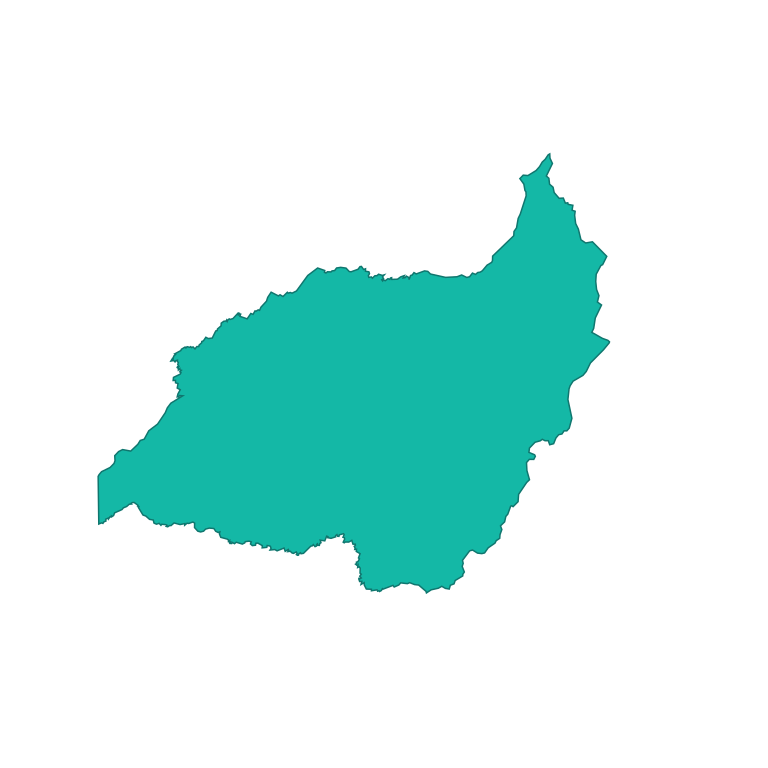 outline of Rattaphum, Songkhla, Thailand, rotated 217°
{"feature_id": "78962969B64238633533340", "entity_name": "Rattaphum", "entity_type": "district", "adm_level": 2, "iso_a3": "THA", "parent_name": "Thailand", "parent_adm1": "Songkhla", "projection": "equal_earth", "projection_center": [100.221, 7.064], "detail": "fine", "context": "isolated", "style": "filled", "palette": "teal", "viewbox_px": 768, "rotation_deg": 217, "n_neighbors": 0, "source": "geoboundaries", "source_scale": "gbopen_adm2", "svg_char_len": 6171}
<svg xmlns="http://www.w3.org/2000/svg" viewBox="0 0 768 768"><g transform="rotate(217 384 384)"><path d="M546.7,342.9L547.3,341.6L546.9,339.6L548.1,340.3L547.9,339.4L549.7,337.7L550.6,334.6L549.1,332.4L550.1,327.8L549.4,326.3L550.3,325.1L548.8,317.3L551.8,314.5L554.4,314.1L554.2,309.8L555.1,308.3L554.4,307.2L555.1,303.9L554.5,302.4L556.0,301.3L556.1,298.3L558.8,298.7L559.7,297.2L560.8,297.5L561.2,296.4L563.7,295.3L563.9,293.6L565.1,293.8L566.7,289.9L566.4,288.4L569.3,282.1L568.3,282.2L568.7,279.7L567.5,277.0L568.3,277.1L568.0,274.1L566.1,276.2L564.2,275.9L564.3,277.3L563.3,278.7L562.6,277.6L561.2,277.4L560.4,275.4L558.5,274.7L559.3,273.6L559.0,272.1L558.5,273.7L556.7,271.5L556.3,273.4L555.4,272.5L554.1,273.0L554.4,270.8L553.0,270.9L552.7,269.2L556.1,262.6L554.5,259.9L552.7,261.4L551.2,259.5L548.8,260.4L546.7,256.3L543.3,256.8L542.6,252.1L541.4,249.2L540.3,250.2L540.3,251.8L537.6,253.5L542.7,240.4L542.7,234.6L541.4,229.4L540.7,215.7L543.7,205.1L542.3,195.6L544.7,192.2L544.3,187.7L545.9,178.0L553.3,174.3L555.3,170.3L555.9,164.7L552.7,160.9L551.8,158.1L552.5,152.5L556.8,144.0L557.0,140.2L556.7,138.2L527.5,100.5L526.0,103.1L524.6,103.5L524.7,105.4L523.6,107.2L524.9,108.5L523.5,111.0L522.8,110.4L522.9,113.1L521.9,113.5L522.4,114.6L521.4,114.5L520.8,116.2L521.6,119.0L517.7,126.0L517.6,128.3L515.8,131.3L515.1,134.7L513.4,136.2L514.1,136.4L513.7,137.8L512.3,139.0L507.5,139.1L507.3,138.2L506.0,138.5L505.9,137.6L497.6,134.3L494.8,135.2L489.8,134.8L486.4,136.5L484.0,134.5L481.4,135.1L479.7,137.4L477.1,136.9L477.1,138.2L473.4,140.5L472.3,140.6L472.3,139.2L470.8,139.8L470.1,141.8L468.9,142.7L468.0,146.7L462.3,149.0L459.1,152.6L458.2,151.3L457.5,154.3L456.0,155.1L453.6,158.7L451.6,159.0L448.9,155.3L444.1,154.4L441.4,155.5L439.5,157.9L439.2,160.7L436.8,163.8L432.9,166.2L429.8,165.1L427.1,165.6L426.1,167.1L425.2,165.2L422.1,163.3L415.8,165.8L414.5,165.9L413.6,164.8L413.1,166.1L412.6,165.2L411.4,165.6L411.9,164.2L411.1,163.9L409.6,165.0L409.6,166.2L407.3,166.5L406.8,168.7L400.8,170.9L399.6,173.3L399.9,174.6L397.2,177.3L395.0,178.0L394.4,175.9L391.9,175.7L389.6,177.9L390.5,179.7L389.0,181.0L383.9,181.7L382.7,179.8L379.3,183.0L380.1,184.7L378.2,185.7L377.1,186.0L375.3,184.8L375.1,182.8L371.5,186.1L369.0,186.4L365.1,192.8L362.2,190.9L360.9,194.3L360.0,193.8L359.9,192.3L358.2,194.0L355.8,193.7L354.3,194.3L353.0,197.1L351.4,196.4L351.3,195.0L349.9,195.2L349.3,195.9L349.8,197.3L349.1,199.0L348.1,198.5L346.4,200.3L344.9,210.4L343.8,211.7L343.8,213.2L341.2,212.6L340.4,214.0L341.3,215.3L341.0,216.3L339.9,215.3L338.5,216.2L339.3,218.0L338.8,219.3L341.0,220.9L336.9,223.1L338.2,228.0L336.9,228.4L336.4,227.4L333.4,228.9L330.6,232.9L331.4,233.8L331.0,235.4L329.3,234.5L328.3,235.2L328.9,236.7L326.2,240.1L325.2,239.7L324.5,236.9L323.2,237.4L322.1,236.5L321.4,233.1L320.2,233.2L319.8,234.5L317.0,236.6L315.6,239.7L312.4,237.4L310.5,238.8L309.7,237.8L310.1,236.4L308.3,235.6L307.8,234.3L306.5,235.5L305.4,233.6L301.0,234.1L299.7,229.7L298.4,229.6L297.9,226.5L298.8,225.1L297.8,224.2L298.3,223.0L296.1,222.9L295.9,223.9L294.6,221.6L293.8,223.1L292.1,222.5L289.3,218.5L287.7,218.4L287.7,215.9L285.4,215.4L286.0,214.0L287.0,213.9L286.9,213.2L284.6,211.6L282.9,213.0L281.7,210.1L280.3,213.4L278.8,211.6L274.7,209.6L270.5,212.5L269.6,211.3L265.7,215.4L264.4,214.7L263.7,215.8L262.7,215.6L261.8,217.5L262.1,219.6L261.3,219.6L255.6,228.6L253.7,228.0L251.2,232.4L251.0,235.2L245.2,238.6L243.9,240.8L238.9,242.2L235.3,244.3L225.7,243.7L224.4,242.7L222.4,248.1L217.7,253.6L216.1,257.2L212.0,257.7L208.5,259.5L209.9,263.2L207.8,266.5L208.9,269.9L205.6,278.1L206.5,279.4L206.7,282.2L211.8,285.4L212.8,288.4L215.2,290.4L215.2,302.3L213.3,304.7L207.6,305.2L203.8,307.4L202.0,309.6L202.2,315.9L199.6,323.7L200.1,326.4L198.7,330.4L200.7,333.5L202.3,338.7L205.6,340.8L204.7,346.5L207.0,351.5L206.8,354.5L209.3,362.6L208.7,363.6L207.1,363.7L206.1,370.7L210.1,376.9L210.8,391.2L210.2,395.1L217.8,400.9L222.9,407.0L222.6,411.3L219.0,413.9L219.6,417.3L221.1,418.1L227.1,416.6L229.3,420.4L228.3,428.4L225.0,432.7L224.3,435.1L221.3,435.6L218.7,437.6L215.1,435.2L212.6,438.4L214.2,444.4L214.0,448.6L211.8,451.2L212.0,455.0L209.8,456.6L209.5,460.2L213.3,469.7L227.8,482.3L233.3,491.5L234.3,494.7L234.7,500.1L230.3,510.6L230.0,515.7L231.8,525.0L229.3,543.5L228.9,552.5L229.3,553.4L231.5,553.6L237.0,551.9L249.1,550.3L250.0,554.6L255.0,563.9L257.8,578.0L262.9,577.9L265.5,583.9L271.1,587.4L276.6,593.3L280.6,599.4L282.1,609.2L281.2,610.9L282.9,620.0L303.1,623.0L307.8,618.0L313.5,617.7L322.0,624.7L327.5,627.5L333.3,633.5L335.3,637.0L338.4,636.0L340.7,640.4L345.0,638.3L346.3,639.3L348.0,637.6L352.7,640.4L355.9,637.7L363.3,639.3L367.4,642.9L372.0,643.2L376.1,647.5L379.5,647.8L382.2,661.5L387.3,664.2L390.1,667.5L390.8,665.8L390.5,660.4L391.2,656.5L390.6,651.2L391.0,646.0L394.5,637.1L398.5,634.6L399.1,629.8L392.6,627.8L387.9,623.4L386.3,622.9L383.7,619.8L377.4,601.6L376.5,597.0L372.1,588.4L372.0,584.1L369.6,580.5L374.2,551.5L371.6,547.8L371.2,546.0L373.2,541.0L373.6,533.6L374.5,531.2L376.2,529.5L376.9,526.6L380.1,525.8L380.2,521.2L382.0,518.9L387.6,517.8L390.2,513.6L399.0,506.2L413.1,499.8L416.8,500.3L419.7,498.7L424.5,491.3L427.1,491.0L427.1,488.0L428.1,486.6L426.8,482.5L428.3,484.0L431.1,483.6L431.1,481.7L432.5,480.2L433.0,482.8L435.2,479.5L436.3,475.8L440.9,472.1L441.9,473.5L442.6,472.6L442.4,471.0L444.2,470.5L445.2,467.2L447.3,466.9L447.1,465.5L448.6,465.9L447.8,467.9L449.7,468.7L449.5,471.3L450.6,469.8L454.4,468.4L454.8,466.3L456.4,465.0L457.0,461.5L458.5,461.9L460.3,460.0L461.7,461.1L462.0,463.4L463.6,464.5L466.7,462.9L468.1,464.9L469.2,463.2L472.8,464.3L473.8,463.3L473.8,460.0L477.9,453.7L479.5,452.9L484.1,453.7L488.8,451.1L491.7,448.1L491.7,444.9L493.6,443.0L493.8,441.6L496.7,439.6L497.2,437.7L498.7,437.3L499.6,439.0L506.8,436.7L510.2,424.8L509.9,405.6L512.1,401.2L513.9,400.7L515.2,398.9L516.4,399.1L517.3,393.1L520.7,392.7L521.4,390.8L529.4,389.4L529.0,383.2L527.7,379.4L528.5,371.3L527.7,367.9L529.1,367.5L530.0,365.1L531.0,364.8L530.5,360.8L532.8,360.2L532.5,353.7L539.8,351.3L540.4,353.2L541.4,352.0L541.6,352.9L542.2,352.1L542.4,353.3L543.2,353.0L544.0,345.4L545.7,343.0L546.7,342.9Z" fill="#14b8a6" stroke="#0f766e" stroke-width="1.5"/></g></svg>